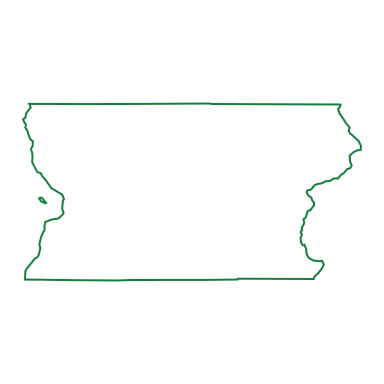 Snohomish, Washington, United States of America (Mercator projection)
{"feature_id": "52423323B25311373219770", "entity_name": "Snohomish", "entity_type": "district", "adm_level": 2, "iso_a3": "USA", "parent_name": "United States of America", "parent_adm1": "Washington", "projection": "mercator", "projection_center": [-121.691, 48.037], "detail": "fine", "context": "isolated", "style": "outline", "palette": "green", "viewbox_px": 384, "rotation_deg": 0, "n_neighbors": 0, "source": "geoboundaries", "source_scale": "gbopen_adm2", "svg_char_len": 1998}
<svg xmlns="http://www.w3.org/2000/svg" viewBox="0 0 384 384"><path d="M313.8,279.0L314.5,276.6L318.5,272.9L322.0,268.2L323.9,264.5L322.1,260.9L319.1,261.2L313.3,260.5L308.6,257.7L306.6,254.1L306.1,248.7L305.1,246.7L304.6,244.9L304.2,245.2L302.9,245.3L302.1,244.1L301.0,242.5L300.8,240.2L300.5,237.6L301.6,235.6L301.9,234.6L301.5,233.4L300.7,232.9L301.0,231.3L302.1,230.1L301.6,227.6L303.1,225.7L304.2,223.1L303.5,219.3L305.4,217.8L306.2,216.0L307.1,213.3L307.3,211.7L308.7,210.4L310.1,210.4L311.8,208.2L314.1,205.2L314.0,202.5L312.3,200.6L311.3,197.7L308.6,195.7L306.7,192.4L307.3,190.5L311.2,189.5L314.2,185.5L317.7,183.9L321.2,183.5L325.6,181.3L329.8,181.0L333.9,178.4L337.8,178.6L341.0,174.9L343.8,173.1L347.1,169.2L350.2,168.2L351.7,165.4L349.9,161.0L349.7,155.6L353.5,152.2L357.2,150.3L360.5,150.1L361.0,146.0L358.7,141.1L354.8,137.6L351.7,134.6L350.1,133.6L348.6,130.7L349.7,127.5L346.2,123.5L342.9,118.2L339.6,113.6L339.2,111.8L338.5,110.8L338.1,109.0L339.1,108.2L340.6,105.0L340.4,104.5L211.0,104.0L210.2,103.5L122.3,104.0L115.6,104.0L73.5,104.1L69.2,104.0L29.2,103.9L29.5,104.5L30.7,107.3L26.1,113.5L25.4,117.7L23.0,119.4L23.6,120.8L24.1,121.4L24.4,122.7L25.7,123.9L25.9,124.4L25.7,125.9L25.3,127.4L27.5,131.1L28.4,134.7L30.5,139.5L32.9,141.3L32.6,145.8L31.0,149.0L32.3,153.6L32.5,156.5L32.2,162.2L32.5,162.9L32.6,163.1L37.1,171.8L41.0,173.4L42.0,175.9L45.6,180.0L51.2,188.0L62.3,194.7L63.9,199.2L63.0,200.6L62.7,202.4L62.2,208.9L63.6,212.7L62.7,214.6L58.4,218.5L51.9,219.5L47.9,221.0L45.3,222.0L44.4,226.1L44.7,228.7L44.5,230.1L42.0,234.5L40.5,239.2L39.3,245.2L40.1,246.8L40.2,248.8L39.4,252.2L38.8,254.6L37.9,256.5L36.4,257.9L34.9,258.5L26.1,269.6L25.5,271.1L25.4,271.1L25.0,279.0L25.1,279.6L40.7,279.7L42.9,279.7L47.5,279.8L53.5,279.9L59.7,280.0L63.3,280.0L77.0,280.2L109.4,280.4L116.6,280.5L131.0,280.0L208.6,279.9L237.6,279.5L237.8,278.7L313.8,279.0ZM40.5,197.6L39.1,198.4L41.0,201.3L45.4,203.3L46.1,202.9L42.0,198.0L40.5,197.6Z" fill="none" stroke="#15803d" stroke-width="2"/></svg>